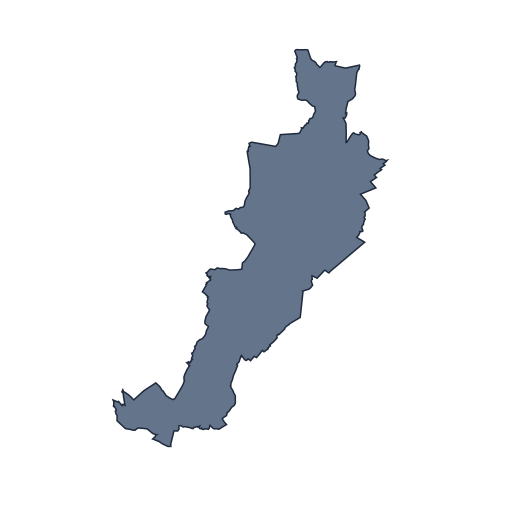 the district of Jiménez, Michoacán, Mexico, rotated 304°
{"feature_id": "50627088B65655240179591", "entity_name": "Jiménez", "entity_type": "district", "adm_level": 2, "iso_a3": "MEX", "parent_name": "Mexico", "parent_adm1": "Michoacán", "projection": "natural_earth1", "projection_center": [-101.709, 19.934], "detail": "fine", "context": "isolated", "style": "filled", "palette": "slate", "viewbox_px": 512, "rotation_deg": 304, "n_neighbors": 0, "source": "geoboundaries", "source_scale": "gbopen_adm2", "svg_char_len": 6059}
<svg xmlns="http://www.w3.org/2000/svg" viewBox="0 0 512 512"><g transform="rotate(304 256 256)"><path d="M408.6,311.2L407.5,310.3L407.6,309.0L407.1,306.7L404.9,304.1L404.1,301.0L403.4,296.7L403.3,294.3L403.5,292.8L404.3,291.0L405.4,289.6L405.9,289.4L407.5,289.7L408.5,289.4L410.9,287.1L414.1,285.3L415.1,284.1L417.3,280.7L417.4,274.7L417.9,273.9L416.5,273.2L415.5,274.1L414.7,274.1L414.0,273.4L412.5,269.8L412.8,268.1L411.6,267.5L406.6,267.4L401.2,267.7L400.5,267.2L408.5,262.0L416.3,256.4L419.3,251.1L420.5,252.8L422.5,252.3L423.3,252.4L425.4,251.2L424.3,250.5L429.6,247.8L429.8,247.9L435.6,245.8L436.2,246.2L440.2,248.1L444.0,248.5L445.9,248.0L449.3,244.7L453.8,242.6L464.2,237.1L468.1,236.6L468.7,237.0L469.7,236.2L471.3,235.9L472.1,235.0L461.8,225.1L458.0,215.4L458.7,214.8L461.1,214.1L462.1,214.0L460.3,211.9L458.4,208.6L457.4,208.2L457.0,207.1L457.0,206.2L455.5,204.7L454.7,204.8L454.4,204.5L454.0,204.3L449.0,203.8L448.0,203.5L448.6,201.1L448.7,199.2L449.4,198.4L449.8,197.2L450.0,195.2L449.6,193.5L449.8,192.4L450.4,190.8L455.8,183.8L455.1,182.2L451.4,177.0L450.1,174.6L448.9,173.6L447.5,173.6L443.5,179.3L442.9,179.6L442.3,179.2L441.7,180.2L439.3,181.3L437.1,181.3L435.1,182.7L433.6,182.4L433.0,183.2L432.9,184.1L431.0,185.1L430.6,187.1L428.5,188.7L426.9,188.6L426.3,189.6L423.0,191.9L422.6,193.5L421.0,194.4L416.8,198.3L416.0,200.0L411.7,200.6L410.1,202.2L409.6,203.2L410.7,206.9L412.6,209.2L413.2,210.7L413.2,212.1L412.4,215.0L412.0,218.4L412.2,220.0L412.7,221.1L409.1,224.4L405.8,224.6L402.6,225.6L401.0,224.9L400.3,224.0L397.5,224.0L397.0,224.6L395.1,225.0L394.7,223.9L392.9,224.0L391.5,223.4L388.4,223.5L387.7,221.9L386.5,222.9L383.0,223.3L381.6,223.0L370.2,208.3L361.7,211.4L357.9,211.1L347.9,188.7L345.5,187.2L344.3,188.7L343.5,190.4L343.6,189.5L342.9,188.8L339.8,190.0L338.5,191.0L338.2,190.2L337.7,190.2L324.8,202.5L309.5,212.9L308.1,213.2L307.7,213.5L306.9,213.3L305.9,213.5L305.2,214.0L305.1,214.5L304.7,214.6L304.2,215.3L298.9,215.6L295.4,216.2L291.1,218.1L289.4,218.1L287.3,215.8L285.9,215.6L284.7,214.6L284.7,213.4L284.4,212.9L283.2,212.3L281.5,212.1L279.8,210.5L278.0,208.0L275.0,205.9L273.6,207.1L274.1,208.3L274.6,208.4L275.2,209.0L276.4,210.7L276.3,211.7L275.6,211.7L274.0,213.6L272.8,216.2L271.3,217.6L269.2,221.3L268.5,222.0L268.9,224.0L268.6,224.1L267.6,224.0L267.8,226.0L267.3,229.2L266.7,230.6L266.9,231.4L267.8,232.0L268.5,236.3L266.3,246.4L265.3,248.7L250.6,249.8L245.6,249.5L242.7,248.6L237.1,251.6L234.1,248.2L229.7,242.2L228.1,237.3L226.1,234.0L225.6,233.7L224.5,230.5L221.7,229.6L219.8,225.6L218.9,225.2L215.3,224.7L214.1,223.9L213.9,224.0L213.8,225.5L213.0,226.0L212.9,226.5L212.5,226.3L212.2,227.2L212.3,228.3L212.7,228.9L213.7,229.9L213.1,230.1L212.6,230.0L212.5,229.6L211.7,229.3L210.9,231.8L206.1,229.9L205.8,230.8L204.5,230.3L204.1,230.9L203.7,231.1L196.3,231.6L196.2,235.6L195.8,236.2L195.8,238.0L195.4,239.1L194.7,238.6L194.3,239.1L194.1,239.7L193.6,240.2L192.3,240.4L190.5,241.2L190.0,241.4L189.5,242.6L189.2,242.9L187.7,242.9L187.0,243.5L185.6,246.6L185.5,247.5L184.2,247.9L177.8,248.4L172.9,250.3L171.4,251.6L170.9,256.0L169.7,256.3L166.6,256.6L163.2,257.9L160.8,258.1L157.7,257.8L155.9,256.8L155.5,256.3L152.1,255.3L151.4,255.3L149.1,256.1L146.8,255.9L146.7,255.7L146.3,255.9L146.0,256.8L144.8,257.4L143.9,257.2L140.9,257.8L140.0,257.4L139.4,257.7L139.3,257.3L138.8,257.8L138.3,259.0L137.7,259.3L134.6,260.0L134.7,261.1L132.4,260.7L132.4,261.0L130.3,261.0L130.7,259.4L129.8,259.2L129.7,258.8L128.8,258.2L128.7,259.8L127.7,261.7L128.0,262.2L123.1,262.3L117.8,263.2L115.2,264.0L113.0,265.7L112.4,266.3L112.5,266.4L108.7,267.4L104.5,267.8L92.3,268.5L91.5,267.9L91.4,268.0L90.7,267.7L90.6,267.1L90.3,266.8L90.0,263.1L90.0,259.6L92.1,254.6L92.1,253.0L92.8,251.8L93.9,249.3L94.8,243.9L81.7,238.4L68.4,235.1L69.4,229.8L69.7,226.8L69.6,221.9L70.6,220.4L68.6,220.7L68.1,221.3L67.9,222.7L66.0,224.2L59.0,230.8L58.8,228.8L58.2,228.3L57.1,228.6L58.6,223.3L57.7,223.0L56.7,218.0L55.6,219.6L52.7,221.5L52.3,221.5L52.1,222.5L51.7,222.3L51.6,223.7L50.3,226.3L49.2,226.5L48.8,226.1L46.6,228.6L46.3,229.9L41.7,232.9L39.9,244.3L41.8,248.5L43.0,251.9L43.6,252.3L43.9,253.2L47.1,254.1L48.4,255.8L49.1,257.5L49.5,257.9L50.7,260.2L51.8,262.8L51.1,269.7L52.2,273.5L51.5,272.9L50.0,273.5L46.5,272.6L48.0,279.6L47.9,283.3L48.9,289.6L50.5,291.9L52.4,290.5L65.1,285.8L67.1,288.9L69.2,289.0L69.9,288.8L70.6,287.9L72.2,287.1L73.1,288.3L73.5,289.7L73.4,290.8L73.5,291.3L75.0,292.7L75.3,293.9L76.8,297.3L77.2,299.6L78.0,300.5L79.1,300.3L82.2,303.3L81.9,303.6L83.2,304.3L82.3,304.4L81.6,305.3L81.6,306.4L82.2,307.2L82.7,307.1L82.4,308.8L83.1,309.7L83.9,310.0L84.8,311.5L85.1,311.6L85.6,313.4L86.9,313.5L89.9,312.6L89.1,316.9L89.5,318.4L90.8,319.8L91.5,322.0L99.8,325.8L100.7,322.3L102.1,319.1L104.2,319.5L107.2,320.8L109.1,320.1L109.6,319.6L111.7,320.4L116.8,320.4L120.1,321.5L122.4,321.2L128.6,317.0L129.9,314.4L131.6,311.9L132.7,309.3L134.1,307.4L134.4,307.7L136.2,306.5L141.4,305.3L143.6,304.3L149.7,303.2L155.1,301.9L155.5,300.6L156.6,300.7L157.6,301.1L158.9,301.1L164.0,299.6L163.9,300.0L165.4,299.7L163.8,304.3L163.7,306.0L165.4,307.0L165.9,306.8L166.4,307.1L166.2,310.1L168.4,310.2L171.8,310.7L172.1,313.3L181.3,314.1L181.0,316.2L185.9,318.0L186.7,317.3L189.5,318.2L190.0,317.1L194.9,318.6L200.0,319.3L201.4,317.8L203.6,318.1L203.5,318.9L211.3,320.6L213.0,320.2L214.5,320.4L217.8,321.8L218.6,321.7L229.8,327.0L253.1,314.7L253.1,314.4L258.4,318.6L259.8,319.0L263.4,319.3L266.0,315.9L267.9,315.4L268.2,315.7L269.4,314.5L270.9,313.5L271.6,317.8L271.7,319.1L282.6,320.9L282.8,321.3L282.6,325.6L283.2,326.1L284.7,326.1L328.2,338.4L327.7,329.0L330.3,329.5L333.6,329.0L334.3,328.4L335.6,330.3L336.6,330.6L337.7,329.2L337.4,329.0L337.7,329.1L338.1,328.4L339.6,327.2L342.5,327.4L342.9,327.0L346.1,325.9L347.4,326.0L347.9,325.5L347.9,324.8L348.1,324.4L348.8,324.0L350.2,324.1L353.2,321.9L353.3,321.4L359.0,323.0L363.6,315.9L365.6,308.0L379.5,317.3L381.7,309.3L388.5,312.0L388.5,311.6L389.3,308.8L394.0,310.3L397.8,311.9L398.0,309.9L403.4,312.1L403.6,309.8L406.4,310.9L408.6,311.2Z" fill="#64748b" stroke="#1e293b" stroke-width="1.5"/></g></svg>